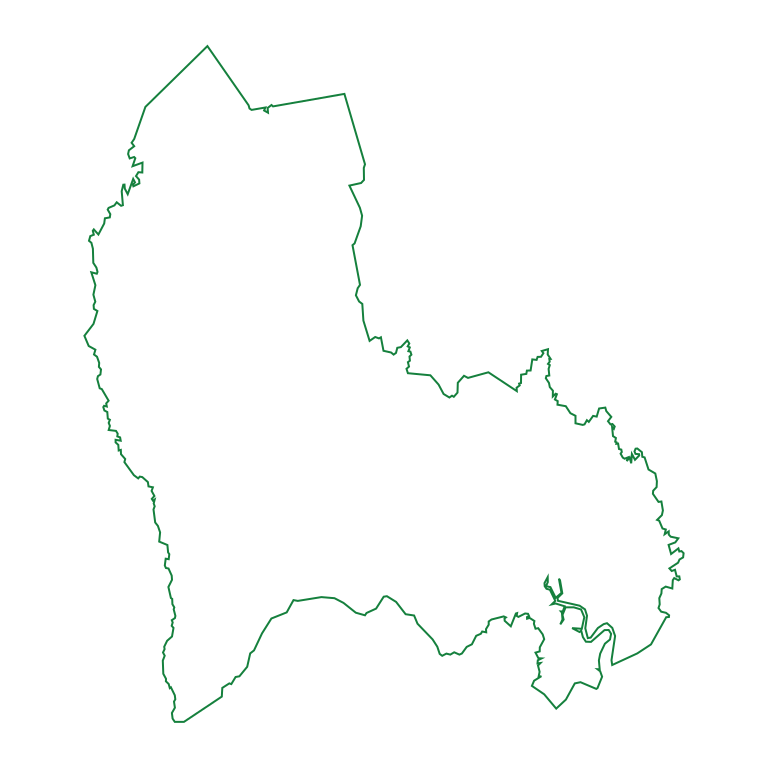 Capira, Panama
{"feature_id": "35544464B53871457264549", "entity_name": "Capira", "entity_type": "district", "adm_level": 2, "iso_a3": "PAN", "parent_name": "Panama", "parent_adm1": "", "projection": "equal_earth", "projection_center": [-79.949, 8.817], "detail": "fine", "context": "isolated", "style": "outline", "palette": "green", "viewbox_px": 768, "rotation_deg": 0, "n_neighbors": 0, "source": "geoboundaries", "source_scale": "gbopen_adm2", "svg_char_len": 6095}
<svg xmlns="http://www.w3.org/2000/svg" viewBox="0 0 768 768"><path d="M183.9,721.9L221.8,696.6L222.3,687.9L229.3,683.4L231.3,684.1L235.6,677.0L239.4,676.3L247.2,666.8L250.2,653.4L254.0,650.4L262.0,633.4L271.4,618.5L286.7,612.4L293.5,600.1L297.8,600.9L321.4,597.1L334.5,598.2L343.5,602.9L355.8,612.7L365.0,615.3L366.5,613.0L376.1,608.6L383.7,596.7L386.9,596.2L396.1,601.9L405.6,614.2L414.1,615.5L417.5,623.7L432.6,639.4L437.3,646.7L439.7,653.9L442.2,655.8L446.4,653.6L450.3,654.6L454.2,652.3L459.4,654.6L461.9,653.5L466.7,646.9L471.9,644.3L476.2,635.8L480.8,633.8L482.2,631.5L486.2,632.3L486.0,629.1L488.7,624.7L488.7,621.5L491.5,619.5L503.7,616.4L505.9,617.4L504.5,618.5L504.7,620.8L510.8,626.3L515.9,613.5L517.1,613.1L516.6,615.8L518.4,616.9L525.1,613.5L528.0,613.8L529.1,616.2L527.0,617.1L527.1,618.7L529.6,617.9L534.4,621.0L533.9,623.8L535.5,628.7L538.2,628.2L542.7,634.4L544.2,639.2L539.8,647.3L539.7,651.4L535.5,652.6L538.4,658.2L541.6,658.4L537.8,660.3L537.5,663.4L540.5,663.0L538.0,665.5L539.6,671.8L538.6,676.7L541.4,676.2L534.1,680.7L531.9,685.9L544.2,694.3L556.2,708.6L565.9,699.6L574.8,683.4L580.5,682.2L596.3,688.9L597.5,688.1L602.1,676.7L600.2,671.3L597.5,669.2L599.7,669.3L598.9,660.4L600.2,653.6L604.9,643.7L610.0,639.5L611.1,633.8L608.7,630.0L604.5,630.1L591.0,641.9L585.9,641.7L582.9,637.1L581.2,630.6L579.5,632.0L572.1,628.1L581.8,628.8L584.3,617.2L581.1,609.5L573.7,607.3L565.6,607.3L562.5,614.9L563.6,619.6L560.3,624.4L562.5,619.4L561.9,612.5L560.9,611.4L562.8,611.4L564.7,606.3L555.6,603.5L551.7,604.4L555.3,600.9L549.9,589.7L546.5,588.8L544.7,586.2L544.5,583.1L547.7,577.1L547.8,582.1L546.0,586.2L550.4,587.1L555.7,597.8L561.5,592.9L558.9,578.7L560.0,580.2L562.3,593.3L557.5,598.0L558.0,600.8L579.6,605.7L585.0,609.4L587.0,615.7L585.3,628.3L587.8,638.1L590.7,637.6L597.9,628.0L603.7,624.1L607.0,623.2L612.3,627.9L615.1,636.0L611.5,660.2L612.2,665.0L637.3,653.4L651.0,644.4L666.2,617.2L668.9,617.0L669.1,615.3L666.0,612.8L661.2,611.7L658.5,608.0L659.7,604.4L659.3,598.1L661.4,593.5L661.7,589.1L665.7,586.6L672.3,588.5L672.8,580.2L674.2,578.1L678.5,580.3L679.8,579.4L679.3,576.4L676.7,576.4L675.0,569.8L671.7,571.0L669.4,568.4L678.1,562.7L679.5,559.5L683.1,557.4L683.6,553.2L681.5,551.1L679.3,551.5L678.4,548.4L671.1,554.0L668.6,544.9L675.3,542.4L678.3,538.3L670.7,536.7L668.8,534.6L668.7,531.4L664.7,534.2L665.8,529.5L662.5,528.5L659.2,520.7L657.1,519.9L661.9,515.1L662.9,510.5L661.4,501.5L658.5,501.9L652.9,493.8L653.2,490.7L656.6,487.1L656.9,481.2L655.3,473.5L648.5,469.5L644.6,457.4L642.3,456.8L641.9,452.2L637.3,448.5L635.6,448.7L634.5,451.4L635.5,453.9L639.1,454.2L639.2,455.5L635.0,459.8L631.9,454.0L631.2,463.3L629.6,457.5L626.8,461.1L627.7,457.5L624.6,458.7L622.8,457.6L620.6,453.7L621.8,452.0L621.3,449.6L619.0,449.0L618.1,443.6L616.3,443.8L616.6,442.4L615.2,441.7L615.9,438.0L613.0,436.1L612.1,426.9L613.9,428.8L614.7,426.5L612.4,424.0L610.5,424.4L608.0,421.2L611.3,416.9L606.3,411.1L605.3,407.6L599.1,408.5L596.7,416.6L593.1,415.9L588.8,421.9L586.9,420.2L584.5,424.4L582.7,424.9L575.5,423.3L575.5,415.8L570.4,413.2L565.8,406.2L557.5,404.7L557.7,401.1L554.9,399.5L556.9,394.2L555.7,393.7L552.8,396.5L552.9,390.7L549.8,387.1L549.0,383.0L545.8,378.2L546.4,376.0L549.3,375.5L548.6,368.9L549.8,365.1L548.0,363.9L549.7,361.7L549.3,359.0L550.6,358.9L547.7,354.5L548.0,349.2L541.8,351.0L543.4,353.2L541.0,356.8L537.6,356.9L536.6,359.9L532.3,359.4L530.6,370.5L526.9,370.6L526.3,373.9L521.1,374.7L521.0,383.0L519.1,383.6L519.7,385.4L516.6,387.7L516.8,391.1L488.4,372.3L468.0,377.9L464.0,375.8L457.8,382.8L457.5,392.6L453.8,396.8L452.0,395.7L449.4,397.5L443.6,394.0L438.6,384.6L430.4,375.3L407.9,373.2L406.5,368.8L409.0,366.6L407.9,362.2L409.9,360.7L409.5,356.5L411.4,354.7L410.4,351.6L408.4,351.2L409.8,347.4L407.7,346.4L409.3,343.5L407.3,340.4L400.9,347.1L397.3,347.8L396.0,352.9L393.6,354.6L391.1,352.5L383.5,350.8L380.9,337.3L379.0,338.4L375.2,337.0L369.6,340.9L363.4,320.6L362.3,303.9L359.1,301.5L355.9,295.3L357.7,288.2L360.0,284.9L352.5,245.2L354.6,243.4L360.7,226.3L362.1,215.7L359.9,207.8L349.4,185.6L361.1,183.0L364.0,179.9L363.8,167.9L365.0,164.3L344.4,93.9L273.0,106.4L271.5,105.0L267.6,108.0L268.0,112.7L264.1,110.5L265.4,107.5L251.6,109.9L249.5,108.5L248.6,105.3L207.4,46.1L145.4,106.9L134.2,139.0L131.6,142.8L134.2,146.2L128.9,150.3L128.1,154.0L129.7,158.4L134.1,157.0L135.3,158.2L132.6,166.2L142.5,162.6L142.3,172.5L138.4,172.2L136.0,176.1L139.1,179.6L139.4,183.4L133.4,186.3L132.9,184.6L135.0,182.4L133.2,178.9L127.7,194.2L124.8,188.6L124.5,184.6L123.3,184.7L121.7,191.2L122.9,205.2L121.1,205.8L116.7,202.3L114.4,205.4L108.6,207.9L107.7,209.6L110.3,214.2L109.8,217.4L104.9,218.3L104.2,223.5L98.4,234.5L93.8,229.4L92.8,230.8L93.8,234.7L90.3,236.1L89.0,240.8L91.4,242.8L92.9,248.7L93.3,262.9L96.4,267.6L97.5,271.9L96.8,273.7L91.3,272.3L95.4,285.2L93.4,294.7L95.3,301.7L93.6,305.1L93.9,308.9L97.4,311.0L93.5,323.9L84.4,335.8L88.7,346.0L95.4,349.7L94.0,354.5L97.0,356.7L99.2,362.9L98.9,366.9L101.0,369.4L100.4,374.5L97.9,376.2L97.2,379.0L99.7,388.3L101.8,389.1L108.6,400.7L106.2,403.4L106.8,406.5L104.1,405.8L103.3,407.1L104.4,410.5L107.3,412.0L107.8,418.6L109.9,419.8L108.7,422.9L109.9,425.9L108.7,430.0L116.0,430.9L117.7,433.7L117.3,436.4L120.1,437.4L120.7,440.7L115.6,439.8L115.6,442.4L118.3,444.9L118.7,450.5L120.8,449.9L121.0,454.2L125.2,459.0L124.4,462.1L133.9,475.2L138.2,478.4L139.8,476.6L142.3,477.1L147.9,482.1L148.5,486.4L152.9,487.3L151.6,490.9L154.4,496.0L151.8,498.9L153.0,500.7L154.7,499.5L153.7,503.5L154.7,506.3L153.5,509.4L155.2,522.5L157.9,525.9L160.1,532.4L159.2,541.6L167.4,545.0L168.1,552.4L169.3,554.2L168.7,559.2L165.7,558.7L164.8,565.5L165.9,568.0L168.5,568.5L171.7,575.6L172.0,579.8L168.4,587.0L170.9,598.0L172.2,598.9L172.4,604.2L174.3,607.4L173.7,609.3L175.4,615.9L174.9,618.1L171.8,620.2L172.7,622.5L171.7,625.8L173.5,627.9L172.0,636.5L167.1,640.8L164.2,646.8L164.6,649.1L163.0,652.5L164.7,655.7L162.8,660.6L163.3,673.8L166.0,678.8L165.9,681.3L168.7,684.0L169.8,688.1L170.9,687.3L174.8,695.3L175.3,699.3L174.0,701.6L174.9,707.7L171.9,713.0L172.6,718.6L174.8,721.9L183.9,721.9Z" fill="none" stroke="#15803d" stroke-width="2"/></svg>